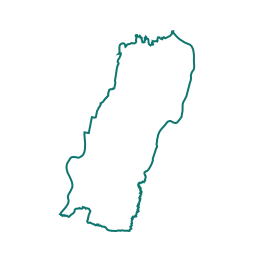 the district of Cheung Prey, Kâmpóng Cham, Cambodia, rotated 192°
{"feature_id": "14789045B53354113316917", "entity_name": "Cheung Prey", "entity_type": "district", "adm_level": 2, "iso_a3": "KHM", "parent_name": "Cambodia", "parent_adm1": "Kâmpóng Cham", "projection": "equal_earth", "projection_center": [105.065, 12.092], "detail": "fine", "context": "isolated", "style": "outline", "palette": "teal", "viewbox_px": 256, "rotation_deg": 192, "n_neighbors": 0, "source": "geoboundaries", "source_scale": "gbopen_adm2", "svg_char_len": 5818}
<svg xmlns="http://www.w3.org/2000/svg" viewBox="0 0 256 256"><g transform="rotate(192 128 128)"><path d="M103.9,232.1L105.0,231.6L105.0,230.2L104.6,229.3L106.1,226.7L107.6,225.7L108.1,225.1L110.2,223.6L110.9,223.7L111.7,224.3L112.1,224.2L112.6,223.1L113.2,223.2L113.1,222.0L114.8,222.2L116.2,223.1L117.0,223.1L117.6,222.8L117.6,221.7L117.7,220.9L117.2,219.5L117.4,218.7L118.3,218.9L119.0,218.6L119.5,218.6L120.2,218.2L120.8,218.3L121.6,217.7L122.0,217.9L121.9,217.3L122.1,216.7L121.8,216.6L120.8,215.1L121.0,214.7L122.1,215.3L122.0,214.6L122.5,214.4L123.2,213.4L124.2,213.9L125.1,214.7L125.5,215.6L126.5,218.7L126.9,219.3L127.6,219.4L128.4,219.1L128.8,219.5L129.1,220.8L129.7,221.1L129.9,220.3L130.3,219.6L130.2,218.6L129.5,217.6L129.8,217.2L129.9,216.3L129.6,215.6L130.4,215.0L131.7,214.8L132.4,216.6L133.0,217.2L133.3,219.1L133.8,219.4L134.7,219.0L135.2,219.6L135.4,220.5L135.8,220.6L135.9,219.6L137.2,219.4L138.0,219.6L138.4,220.7L139.1,220.7L139.5,220.5L139.7,219.7L139.0,218.9L138.5,217.8L138.5,215.5L137.9,214.5L138.1,213.3L138.8,212.5L139.8,211.9L141.2,211.9L142.3,211.8L143.5,210.7L146.1,209.6L146.9,207.5L147.4,206.9L148.3,208.8L149.3,209.8L150.7,209.8L152.3,208.8L153.1,207.7L153.3,206.0L152.8,203.2L152.0,200.5L152.3,199.1L152.6,198.6L150.6,199.5L150.3,198.2L151.1,194.2L151.8,192.8L152.0,191.0L151.6,190.1L151.0,189.8L150.6,189.1L150.7,188.1L151.2,187.3L151.3,184.0L150.9,178.4L150.6,171.5L149.7,169.4L149.7,164.2L150.2,163.3L150.9,163.5L151.4,162.8L151.7,162.6L152.0,162.6L152.5,162.3L153.1,162.4L153.7,161.7L154.0,161.6L154.4,161.1L154.3,160.1L154.5,159.6L154.5,158.6L154.6,157.5L154.3,157.3L154.2,156.0L154.0,155.4L154.7,154.7L154.8,154.1L155.2,153.9L155.6,152.6L156.0,152.5L156.5,151.8L156.6,151.0L157.0,150.7L157.1,150.2L157.7,148.7L159.3,146.9L160.0,146.5L159.6,145.8L159.7,144.5L160.0,144.2L160.2,142.9L161.0,141.5L160.9,141.0L161.8,138.1L161.7,131.9L162.6,131.2L165.6,131.1L165.3,114.9L169.6,114.7L169.4,113.0L166.6,103.5L165.7,98.2L165.7,95.7L166.2,92.7L166.7,91.8L167.4,91.0L169.1,89.3L170.2,88.7L171.1,88.5L172.5,88.6L175.2,88.4L176.6,87.9L177.6,87.3L178.2,86.1L180.1,80.8L180.2,79.1L180.1,77.8L179.9,76.5L179.0,74.0L177.6,71.5L174.3,67.4L172.1,64.2L171.2,62.6L170.3,59.9L170.2,58.1L171.3,53.7L172.1,51.5L172.5,49.8L172.6,48.6L172.3,47.4L171.0,44.7L170.8,42.7L171.0,41.2L172.5,37.3L175.9,31.3L176.4,29.9L175.8,30.1L175.5,29.7L175.4,29.1L175.0,29.2L174.7,28.8L174.2,29.1L173.6,28.5L172.9,29.2L172.6,28.9L171.8,29.1L171.8,29.5L171.4,29.5L171.2,29.1L170.8,29.4L169.8,29.2L169.4,29.5L168.8,29.3L168.6,29.0L167.6,28.8L167.2,28.8L166.8,29.6L166.2,30.4L165.7,31.4L165.0,31.9L163.3,33.9L163.0,35.0L163.1,36.6L162.7,37.6L162.3,38.0L162.0,38.3L160.3,38.7L159.8,39.1L159.5,39.1L158.8,39.6L158.2,39.2L157.9,39.4L157.4,39.4L157.0,39.3L156.4,39.5L156.0,39.8L155.8,40.6L155.9,41.1L155.7,41.4L154.8,40.9L154.2,41.3L153.6,41.0L152.7,40.4L152.6,40.9L152.1,40.8L151.7,41.0L150.4,40.8L149.6,40.9L149.3,40.8L148.4,39.6L148.1,39.5L147.7,39.1L147.5,38.7L147.7,37.6L148.0,36.6L147.9,35.9L148.3,35.0L148.3,33.1L148.1,32.5L148.4,32.0L148.4,31.5L148.1,30.7L148.4,29.8L148.4,29.1L148.6,28.3L147.5,27.0L146.3,27.2L145.7,27.6L145.4,27.3L144.9,27.4L141.3,26.6L140.8,26.7L139.7,26.1L139.3,26.1L138.7,26.9L138.0,26.5L137.7,26.5L137.6,27.3L136.8,27.5L136.2,26.5L135.6,26.4L134.7,26.9L134.2,26.8L133.1,26.1L131.0,26.6L130.2,26.2L129.0,26.1L128.2,25.1L126.5,24.1L125.1,23.9L122.0,24.1L119.5,24.6L118.6,24.6L116.3,25.7L115.0,25.8L114.6,26.1L113.6,26.0L113.1,26.5L112.2,26.7L109.8,26.8L107.5,27.4L106.5,27.3L105.7,27.7L105.2,27.7L105.3,28.5L104.8,29.0L104.6,29.6L103.8,30.1L104.1,30.7L104.3,31.0L104.6,31.1L105.2,31.9L104.0,33.3L104.4,33.8L104.4,34.4L104.7,34.7L104.8,35.1L104.2,35.5L104.2,35.9L104.9,36.9L105.1,38.2L104.5,39.6L104.8,39.9L105.3,39.9L105.6,40.2L105.2,40.6L105.2,41.5L104.9,42.0L104.3,41.2L104.1,41.6L104.0,42.4L103.4,42.6L103.1,43.0L101.9,42.9L101.6,43.2L101.9,43.5L102.4,43.6L102.4,44.1L101.9,44.4L101.8,45.6L101.9,46.1L101.9,47.6L101.2,47.7L100.6,48.5L101.1,48.5L101.1,49.8L101.7,49.8L101.7,50.4L101.0,50.9L101.4,51.6L101.0,52.5L101.5,52.7L101.5,53.2L102.0,52.9L102.6,53.4L102.5,53.8L102.0,53.9L102.1,54.7L101.7,54.8L101.4,55.1L101.4,55.5L101.8,55.5L102.0,56.0L101.6,56.1L101.5,56.6L101.6,57.8L101.3,58.4L101.4,58.8L101.1,59.3L101.5,59.7L101.5,60.2L101.1,60.8L101.2,61.3L101.8,60.9L101.9,61.4L102.5,62.1L102.0,63.0L102.1,63.6L102.0,64.1L101.6,64.2L101.7,65.0L101.3,65.7L101.4,66.8L101.7,67.2L102.4,67.0L102.1,67.8L101.4,68.4L101.8,68.9L102.4,68.7L102.3,69.2L102.5,69.7L102.9,69.5L103.3,70.0L103.3,70.8L103.0,71.2L103.0,71.7L103.9,71.8L103.6,72.1L104.5,73.2L104.8,73.0L105.1,73.3L105.4,73.0L105.7,73.3L105.4,74.0L105.7,74.3L106.1,74.2L106.3,74.9L105.9,75.4L106.1,75.9L105.7,76.6L105.1,77.0L104.5,76.6L103.9,77.1L103.7,77.5L103.2,77.6L102.8,78.2L102.6,77.9L101.9,78.5L101.2,78.3L101.0,79.3L100.6,79.5L100.5,80.0L100.3,80.3L100.7,80.9L100.4,82.5L100.5,82.9L100.5,83.7L100.7,84.6L101.3,84.9L101.4,85.5L101.7,85.7L102.1,86.2L102.6,87.1L102.6,87.6L102.5,88.3L102.1,88.5L101.5,89.4L101.0,89.5L100.2,90.2L99.6,91.2L98.7,93.2L97.3,98.2L97.3,99.1L97.0,100.2L97.1,100.8L96.9,101.2L97.3,102.9L97.3,103.7L96.3,112.6L96.4,113.5L96.1,114.0L95.7,115.4L96.0,116.7L96.6,117.5L96.6,117.9L96.8,118.6L96.7,119.5L96.8,120.1L96.7,121.0L97.0,121.4L97.1,123.2L97.0,125.5L97.1,126.2L97.0,127.8L96.6,130.1L96.2,131.5L94.7,134.7L93.9,135.9L92.1,139.1L91.5,140.6L90.5,142.4L88.4,143.7L87.8,143.7L84.7,142.8L82.6,142.7L81.1,143.5L79.4,146.8L78.5,148.6L78.0,150.1L78.2,156.0L79.5,162.8L79.2,165.2L78.5,167.3L77.5,170.9L76.9,183.6L76.9,184.7L76.6,187.1L76.6,189.4L77.3,191.8L77.4,193.6L77.2,195.4L76.7,196.9L75.9,198.7L75.8,200.2L76.3,203.1L77.4,206.8L78.5,212.4L79.4,215.2L80.3,217.5L80.9,218.8L82.8,221.2L84.7,222.4L90.3,223.4L96.1,225.6L99.3,227.5L102.5,229.9L103.5,230.8L103.9,232.1Z" fill="none" stroke="#0f766e" stroke-width="2"/></g></svg>